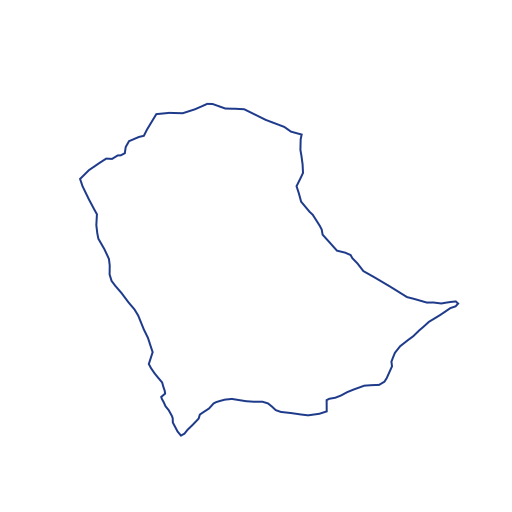 Corisco, Equatorial Guinea, rotated 331°
{"feature_id": "11065452B63780080368940", "entity_name": "Corisco", "entity_type": "district", "adm_level": 2, "iso_a3": "GNQ", "parent_name": "Equatorial Guinea", "parent_adm1": "", "projection": "mercator", "projection_center": [9.322, 0.913], "detail": "fine", "context": "isolated", "style": "outline", "palette": "blue", "viewbox_px": 512, "rotation_deg": 331, "n_neighbors": 0, "source": "geoboundaries", "source_scale": "gbopen_adm2", "svg_char_len": 2011}
<svg xmlns="http://www.w3.org/2000/svg" viewBox="0 0 512 512"><g transform="rotate(331 256 256)"><path d="M261.1,95.6L249.6,88.8L237.6,83.6L221.9,92.6L216.2,96.5L211.2,95.1L200.6,94.0L194.9,97.5L191.1,102.5L186.5,102.4L183.8,101.0L177.2,101.3L172.2,98.2L164.6,98.7L151.6,99.9L139.5,103.3L138.1,110.9L137.3,125.5L137.1,136.5L137.1,142.4L131.3,151.6L128.2,159.2L126.5,164.5L126.7,176.4L126.2,184.0L125.9,187.4L123.5,193.3L119.0,201.2L117.6,207.8L118.5,214.1L120.4,223.1L122.0,234.7L123.8,243.7L124.1,251.0L122.3,265.6L121.8,275.2L119.8,285.6L119.0,290.0L109.9,298.5L109.8,303.2L110.4,309.5L111.3,314.5L112.6,321.1L111.5,325.7L110.8,329.7L109.8,332.3L104.8,333.3L104.4,335.2L104.4,338.9L104.0,343.5L104.9,348.5L104.9,355.1L104.5,357.5L102.5,361.4L102.4,367.0L102.3,371.4L103.3,376.7L107.3,376.7L111.9,374.8L119.0,372.9L127.0,370.4L130.0,367.5L132.7,367.2L141.0,366.6L147.4,364.4L150.4,364.5L155.0,365.5L159.3,366.6L165.6,369.3L176.8,378.1L183.1,382.2L191.0,386.6L195.0,390.7L196.9,395.3L198.5,400.3L202.1,404.4L210.7,410.5L218.6,416.5L224.3,420.6L234.9,424.7L242.5,426.2L247.9,416.3L250.9,416.4L256.6,418.4L262.6,419.2L269.9,419.3L276.5,420.1L287.8,421.9L295.1,425.3L301.1,428.4L307.4,428.2L311.1,426.2L321.5,418.4L323.2,414.1L326.6,411.2L330.6,408.0L338.3,404.8L342.7,404.1L348.3,403.2L354.6,402.4L362.7,400.2L367.7,399.2L375.3,397.4L388.3,396.9L395.3,396.3L400.7,395.8L406.2,396.8L409.7,395.6L408.7,392.6L403.8,390.5L398.1,388.4L395.1,387.4L388.5,382.6L382.9,379.6L373.4,370.1L368.1,365.1L362.9,355.7L358.0,347.0L349.2,332.0L342.6,321.3L341.1,311.6L339.2,304.6L339.2,301.0L335.6,296.3L329.4,290.6L324.6,269.6L326.3,264.7L326.4,260.3L325.6,247.4L324.3,243.4L321.8,230.4L323.9,221.8L325.3,214.6L333.3,209.1L337.4,206.1L341.1,198.6L344.2,190.7L346.3,184.7L351.7,175.5L354.8,171.9L346.9,164.2L343.3,156.8L337.4,149.8L330.5,141.7L323.6,131.7L316.8,121.9L311.2,118.4L309.8,117.5L305.3,114.9L300.6,112.1L291.7,102.0L287.1,99.3L273.8,98.1L266.7,96.7L261.1,95.6Z" fill="none" stroke="#1e3a8a" stroke-width="2"/></g></svg>